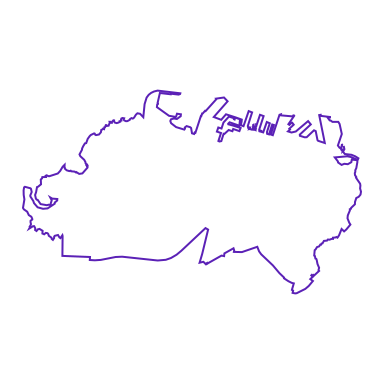 the district of WaitematÄ Local Board Area, Auckland, New Zealand
{"feature_id": "76426892B73686765097584", "entity_name": "WaitematÄ Local Board Area", "entity_type": "district", "adm_level": 2, "iso_a3": "NZL", "parent_name": "New Zealand", "parent_adm1": "Auckland", "projection": "orthographic", "projection_center": [174.75, -36.855], "detail": "fine", "context": "isolated", "style": "outline", "palette": "violet", "viewbox_px": 384, "rotation_deg": 0, "n_neighbors": 0, "source": "geoboundaries", "source_scale": "gbopen_adm2", "svg_char_len": 5984}
<svg xmlns="http://www.w3.org/2000/svg" viewBox="0 0 384 384"><path d="M358.4,158.3L355.2,156.3L351.5,154.8L344.8,154.0L343.0,151.7L344.4,149.2L343.7,145.9L344.2,148.9L343.9,150.1L342.7,151.2L343.0,149.9L342.2,149.5L341.5,150.0L341.0,149.0L342.2,144.8L341.8,143.9L342.0,144.9L340.8,148.5L339.5,147.7L337.9,145.5L341.8,134.0L339.6,124.0L338.3,121.9L332.5,121.9L330.4,120.4L329.7,120.4L327.4,117.3L330.0,117.4L330.0,117.0L320.9,115.9L320.7,114.8L319.2,115.1L324.8,143.0L318.1,140.8L317.5,140.1L315.7,131.1L314.0,130.3L306.7,137.2L304.7,137.3L299.9,135.8L299.8,134.6L310.8,124.4L308.1,121.1L295.8,131.5L291.5,132.5L288.0,131.4L290.0,129.5L289.3,128.7L293.7,124.7L292.2,122.7L291.7,122.7L289.4,124.9L288.4,124.2L294.2,115.8L293.9,115.4L293.3,115.4L292.6,116.4L280.4,115.3L280.7,114.4L279.5,114.8L272.8,135.2L270.8,134.5L273.9,125.0L272.2,124.5L269.0,134.4L267.1,133.8L267.0,131.9L269.8,123.3L266.8,122.0L263.2,132.4L260.6,131.6L261.1,130.8L260.8,130.7L260.4,131.5L259.9,131.4L260.2,130.5L259.7,131.3L259.3,131.1L259.2,129.6L263.6,116.1L260.6,115.0L260.0,114.8L256.6,125.1L256.1,124.8L256.2,126.5L255.6,126.9L256.4,127.0L255.7,127.2L255.9,128.6L255.3,128.7L255.5,130.1L254.1,129.6L254.4,128.3L254.0,128.3L254.2,126.5L253.8,126.4L253.6,124.7L253.2,124.9L253.0,127.1L253.3,128.2L252.8,128.4L253.0,129.7L251.7,129.6L251.7,128.8L251.5,129.4L250.6,129.2L250.6,128.3L250.3,129.0L249.7,129.0L249.9,128.2L249.1,128.7L249.7,126.5L248.9,128.6L248.2,128.0L247.8,126.0L252.1,112.4L248.7,111.1L243.5,126.2L241.1,125.3L241.3,121.6L241.6,121.6L241.8,119.6L237.0,117.9L236.8,118.2L240.0,119.3L239.4,125.7L229.6,122.3L228.2,123.7L228.3,124.3L233.2,125.6L233.4,124.8L234.4,125.1L234.1,125.9L240.6,128.0L239.4,131.1L233.2,129.0L232.4,131.2L228.7,130.0L224.3,134.0L223.6,133.8L221.3,141.1L219.4,141.5L218.4,141.0L221.0,133.0L216.9,131.6L218.3,127.5L221.5,128.5L223.5,122.5L228.9,116.6L234.3,118.3L234.0,119.2L234.6,119.5L235.3,117.3L226.0,114.3L221.2,119.8L213.8,117.0L227.6,101.3L224.0,97.5L216.3,98.6L216.6,98.9L205.6,111.1L205.1,110.8L202.5,113.7L202.1,113.6L201.3,116.1L200.9,116.0L195.4,132.8L194.7,132.5L194.1,134.0L192.0,133.3L191.1,128.0L190.2,127.2L186.6,126.1L184.8,127.5L185.0,128.6L184.3,129.6L176.1,127.1L171.1,123.2L170.3,121.0L171.0,119.3L173.9,118.5L176.9,119.0L180.7,116.2L180.9,114.3L177.0,113.7L176.1,116.6L175.6,116.9L169.0,115.8L156.9,107.1L157.2,104.5L157.9,104.1L158.0,103.4L157.6,102.9L159.9,93.0L170.8,94.3L170.9,93.8L171.7,93.8L178.6,94.6L180.1,94.0L180.3,93.3L157.6,90.6L154.0,91.5L151.1,92.9L148.7,94.8L146.6,97.6L144.6,104.1L143.3,117.2L140.1,113.8L137.4,113.3L135.9,114.7L134.1,117.6L132.8,118.6L131.5,118.1L130.0,119.1L129.8,119.8L127.4,121.1L126.0,121.2L124.2,120.4L123.6,119.4L124.1,118.3L122.5,118.0L121.4,118.5L121.0,119.5L121.4,120.6L119.7,121.2L120.0,121.8L118.4,122.6L116.7,123.1L114.9,122.6L114.1,121.6L114.1,120.4L113.4,120.3L112.0,121.8L111.9,122.8L110.5,122.8L110.2,121.8L109.6,121.8L109.8,122.4L108.6,125.7L106.6,126.0L106.4,125.1L105.8,125.1L105.0,127.3L104.3,127.4L104.1,129.1L103.0,128.7L102.5,129.4L101.3,129.9L100.9,132.3L99.0,134.5L96.0,135.1L95.3,134.8L94.7,133.6L94.1,133.4L90.8,135.0L89.7,136.1L87.7,138.9L86.2,143.1L84.9,143.4L83.2,146.2L82.1,148.5L82.0,149.7L79.5,154.4L80.3,156.2L84.2,159.8L85.5,162.2L85.5,163.1L86.8,164.7L86.3,165.1L86.5,165.4L87.0,165.1L87.0,166.0L87.6,165.9L87.5,167.6L82.4,173.4L79.2,173.9L76.4,172.1L76.0,172.5L74.6,171.6L71.2,171.3L70.7,170.7L69.3,171.1L66.7,170.3L64.8,168.6L64.9,167.9L64.5,167.4L64.6,164.8L62.7,166.7L60.2,170.9L57.8,173.5L49.4,176.2L48.2,176.1L46.7,175.3L45.6,175.8L45.9,177.0L42.3,177.1L42.0,178.4L40.8,179.5L41.0,184.3L38.1,186.7L37.0,187.1L36.1,192.1L35.1,195.0L35.9,198.7L37.0,199.8L37.7,199.9L40.6,204.1L46.9,205.2L48.7,204.7L50.8,205.1L50.7,203.7L51.7,200.3L50.2,197.4L52.2,198.6L57.3,199.0L57.2,200.5L54.8,202.5L54.7,203.7L47.6,208.4L43.0,208.8L37.6,207.3L34.0,203.1L33.3,201.0L30.4,196.5L30.3,195.4L31.7,192.0L31.0,188.9L30.5,188.3L24.9,186.8L24.1,187.4L23.6,190.3L23.7,194.9L24.4,199.4L23.0,207.9L23.8,209.3L27.2,211.7L28.8,215.1L31.3,216.7L32.2,218.6L32.3,219.5L30.6,220.7L30.5,222.0L31.0,224.2L30.4,225.6L29.7,226.2L29.5,225.9L29.9,227.3L29.2,228.6L33.0,226.2L34.2,226.2L35.3,228.4L35.1,230.0L36.5,231.0L37.9,229.3L39.5,228.9L42.6,230.8L42.4,233.5L44.2,234.3L45.8,232.9L47.5,233.2L48.3,234.1L48.8,235.8L51.5,237.7L51.7,238.9L52.9,239.9L54.1,238.1L54.2,236.5L54.8,235.8L58.0,235.0L59.4,237.4L60.4,238.1L62.4,235.2L62.6,236.0L62.4,255.9L90.0,257.0L89.8,260.0L94.8,260.3L100.8,259.9L115.6,257.0L122.1,256.7L157.7,260.5L165.8,259.8L171.0,258.0L176.6,254.7L181.3,250.8L205.5,228.1L208.1,229.6L202.2,253.9L199.6,262.7L203.4,261.8L206.0,264.4L206.8,264.0L206.4,263.4L207.2,262.9L207.5,263.5L221.5,255.6L224.1,256.1L224.4,253.4L233.5,248.3L234.2,250.4L233.9,251.9L241.9,252.1L257.3,246.8L259.1,251.4L261.2,254.3L272.9,265.4L279.4,273.1L284.1,277.6L284.0,278.3L288.4,281.2L291.8,282.9L293.8,283.4L291.9,289.9L293.1,290.6L292.6,292.9L295.2,293.4L296.7,293.2L305.3,288.9L308.8,285.9L312.9,281.0L310.3,279.1L312.7,276.9L311.3,275.4L311.8,274.9L312.6,275.9L313.4,275.0L314.0,275.6L319.1,270.9L318.5,270.1L319.1,267.8L317.5,264.0L316.7,260.0L316.3,258.9L315.4,258.5L314.9,256.0L314.2,255.6L314.7,250.2L315.6,249.4L317.0,247.1L319.1,246.4L320.3,244.6L321.0,244.7L321.6,243.5L322.5,243.4L323.9,240.9L327.0,240.6L327.9,239.5L329.5,239.7L331.6,238.9L333.0,238.9L333.0,237.7L335.4,237.5L336.4,237.0L337.4,237.7L337.7,237.4L339.1,235.2L341.6,229.0L344.1,231.4L346.3,229.5L350.4,224.6L349.2,222.6L347.5,218.3L347.8,215.4L349.9,210.4L349.8,209.2L351.0,208.7L351.1,207.9L354.9,204.3L355.0,201.9L356.3,198.0L358.7,196.8L360.5,194.6L361.0,191.7L360.1,188.5L360.4,185.5L360.1,183.7L356.4,178.3L356.0,177.6L356.3,177.1L355.0,175.1L354.8,173.1L355.3,171.9L355.3,170.2L356.3,168.1L357.4,161.9L357.3,160.8L356.5,160.1L351.8,159.6L351.3,162.2L347.8,164.2L344.3,163.8L341.6,164.9L338.1,162.5L337.9,161.4L334.8,157.4L347.3,156.3L350.9,157.0L355.6,159.0L357.5,160.4L358.4,158.3Z" fill="none" stroke="#5b21b6" stroke-width="2"/></svg>